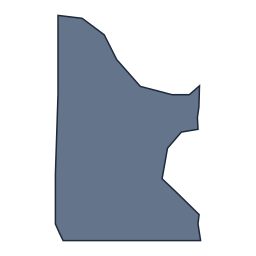 the Municipality of Karpoš
{"feature_id": "MKD-2935", "entity_name": "Karpoš", "entity_type": "Municipality", "adm_level": 1, "iso_a3": "MKD", "parent_name": "North Macedonia", "parent_adm1": "", "projection": "equal_earth", "projection_center": [21.397, 41.987], "detail": "fine", "context": "isolated", "style": "filled", "palette": "slate", "viewbox_px": 256, "rotation_deg": 0, "n_neighbors": 0, "source": "natural_earth", "source_scale": "10m", "svg_char_len": 472}
<svg xmlns="http://www.w3.org/2000/svg" viewBox="0 0 256 256"><path d="M63.1,240.6L59.2,232.5L55.4,224.0L55.4,174.0L56.7,134.4L58.0,94.1L58.0,34.2L58.0,15.4L82.1,18.3L104.2,34.8L116.7,59.6L140.3,86.4L172.0,94.7L189.3,94.7L199.5,85.8L198.9,107.0L197.4,117.4L198.0,129.3L181.3,132.1L167.5,148.2L162.1,178.8L177.2,193.1L199.1,214.6L198.0,223.7L198.0,224.0L200.6,240.6L192.9,240.6L154.8,240.6L111.4,240.6L63.1,240.6Z" fill="#64748b" stroke="#1e293b" stroke-width="1.5"/></svg>